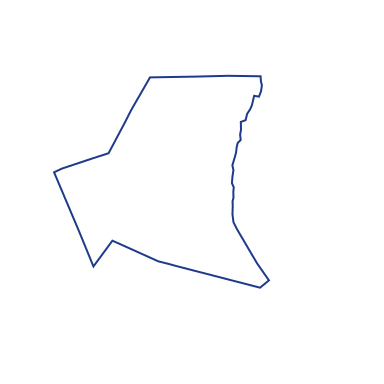 Ibirajuba, Pernambuco, Brazil (Robinson projection), rotated 324°
{"feature_id": "56859067B4416992329739", "entity_name": "Ibirajuba", "entity_type": "district", "adm_level": 2, "iso_a3": "BRA", "parent_name": "Brazil", "parent_adm1": "Pernambuco", "projection": "robinson", "projection_center": [-36.178, -8.63], "detail": "fine", "context": "isolated", "style": "outline", "palette": "blue", "viewbox_px": 384, "rotation_deg": 324, "n_neighbors": 0, "source": "geoboundaries", "source_scale": "gbopen_adm2", "svg_char_len": 815}
<svg xmlns="http://www.w3.org/2000/svg" viewBox="0 0 384 384"><g transform="rotate(324 192 192)"><path d="M100.5,96.6L92.0,95.0L77.3,158.3L68.5,194.3L99.0,184.6L120.4,222.0L124.0,228.3L130.7,236.3L135.8,242.7L144.4,253.1L147.5,256.9L190.8,309.4L202.3,308.7L202.7,288.1L203.9,275.5L206.6,248.0L207.8,240.8L211.7,233.7L216.5,227.6L219.3,223.4L222.2,221.0L225.5,216.2L228.5,212.8L229.5,208.3L233.9,203.2L238.4,198.6L240.4,194.1L246.3,189.6L250.8,186.0L254.5,182.0L257.8,179.2L262.0,178.5L264.6,173.9L268.2,170.5L272.7,164.0L277.6,165.4L282.5,161.2L287.8,159.2L291.5,157.0L298.8,150.7L302.2,154.2L306.9,151.2L311.3,146.7L312.8,143.0L315.5,138.7L289.5,119.2L263.1,101.0L225.4,74.6L193.8,88.7L190.3,90.3L178.2,96.5L170.4,100.3L147.3,111.6L129.3,105.7L100.5,96.6Z" fill="none" stroke="#1e3a8a" stroke-width="2"/></g></svg>